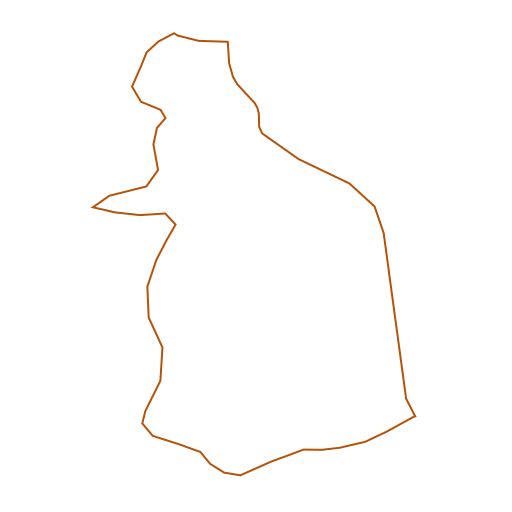 an SVG outline of Viqueque, rotated 272°
{"feature_id": "TLS-552", "entity_name": "Viqueque", "entity_type": "District", "adm_level": 1, "iso_a3": "TLS", "parent_name": "East Timor", "parent_adm1": "", "projection": "equal_earth", "projection_center": [126.408, -8.804], "detail": "fine", "context": "isolated", "style": "outline", "palette": "amber", "viewbox_px": 512, "rotation_deg": 272, "n_neighbors": 0, "source": "natural_earth", "source_scale": "10m", "svg_char_len": 847}
<svg xmlns="http://www.w3.org/2000/svg" viewBox="0 0 512 512"><g transform="rotate(272 256 256)"><path d="M469.1,220.3L447.8,222.4L434.2,226.7L426.9,231.4L408.6,249.5L404.1,252.2L398.7,253.8L385.0,254.7L378.7,257.9L354.3,295.2L331.7,346.9L309.6,372.8L283.3,382.8L118.7,411.0L101.3,420.7L101.1,419.6L84.8,392.3L74.1,371.5L67.3,346.5L64.6,328.5L64.2,310.4L51.0,278.2L36.3,248.0L38.4,231.7L46.6,217.5L58.2,207.3L65.2,185.6L72.6,159.1L84.7,148.2L97.1,150.8L102.6,153.3L128.0,164.8L161.3,165.7L190.8,150.9L221.6,148.5L248.5,156.5L268.5,166.0L284.6,174.5L295.3,163.8L292.8,138.5L294.7,113.3L299.0,91.3L311.1,107.3L321.7,144.0L338.5,155.1L363.9,149.6L380.4,152.5L390.7,160.7L398.8,155.5L406.1,135.7L420.9,126.2L441.2,134.3L455.6,139.5L466.9,150.9L475.7,166.2L473.5,170.2L469.0,191.2L469.1,220.3Z" fill="none" stroke="#b45309" stroke-width="2"/></g></svg>